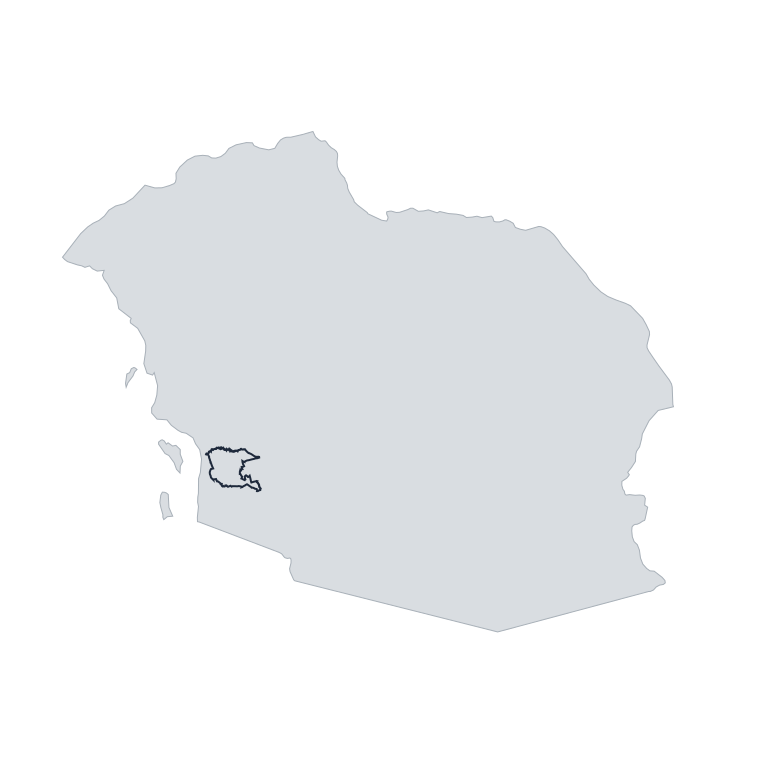 location of Handeni, Tanga, United Republic of Tanzania, rotated 165°
{"feature_id": "72390352B54290670955979", "entity_name": "Handeni", "entity_type": "district", "adm_level": 2, "iso_a3": "TZA", "parent_name": "United Republic of Tanzania", "parent_adm1": "Tanga", "projection": "mercator", "projection_center": [38.284, -5.494], "detail": "fine", "context": "in_parent", "style": "outline", "palette": "slate", "viewbox_px": 768, "rotation_deg": 165, "n_neighbors": 0, "source": "geoboundaries", "source_scale": "gbopen_adm2", "svg_char_len": 9027}
<svg xmlns="http://www.w3.org/2000/svg" viewBox="0 0 768 768"><g transform="rotate(165 384 384)"><path d="M285.6,536.2L277.5,531.9L270.1,529.3L264.0,526.4L261.3,523.5L255.7,522.4L250.8,522.0L246.2,519.3L236.9,518.4L235.9,516.6L235.7,512.7L234.1,511.7L230.7,510.7L227.0,510.7L224.8,511.3L223.5,511.0L220.4,508.7L217.6,505.8L216.6,501.2L212.3,498.2L207.4,495.8L193.7,496.1L191.6,495.3L188.3,493.0L184.5,489.1L181.5,484.6L178.8,478.6L176.0,470.5L160.3,438.1L158.7,432.0L155.7,425.2L150.6,416.8L145.3,410.7L138.1,405.1L130.0,399.5L125.6,395.7L117.2,380.5L115.4,373.4L114.1,366.0L114.7,363.0L119.9,353.5L120.5,350.9L119.8,347.3L117.2,339.7L113.9,330.5L107.3,313.8L106.3,309.6L106.4,306.5L110.3,289.5L110.3,287.1L126.0,287.5L137.4,280.0L147.4,268.9L149.4,264.3L153.4,257.2L157.4,253.7L158.9,251.2L161.2,244.1L166.5,239.3L171.5,235.6L170.5,233.0L171.3,232.1L174.0,230.2L179.4,228.4L180.5,224.7L180.5,220.5L179.6,218.2L179.8,215.5L178.9,214.0L175.4,213.6L170.2,211.5L165.7,210.6L162.8,209.4L161.7,208.5L161.2,205.9L163.6,199.5L161.2,196.8L166.7,186.1L167.6,184.8L169.6,184.6L172.8,183.5L175.7,183.0L178.1,183.4L179.8,182.9L181.4,181.7L182.7,178.1L183.7,172.0L183.2,167.0L180.9,163.2L180.3,157.4L181.3,149.5L180.6,143.0L178.0,137.8L175.5,134.7L171.5,133.3L165.4,125.3L163.5,121.5L163.8,119.1L166.0,118.1L169.9,118.4L173.6,117.5L177.0,115.3L180.4,114.7L182.2,115.1L338.4,115.1L521.1,217.0L521.9,218.2L523.3,227.0L523.0,230.0L520.2,235.1L519.4,237.7L519.3,239.5L520.0,240.3L522.4,240.5L524.5,241.7L525.2,242.7L526.8,246.5L528.8,248.4L598.2,298.5L599.8,299.3L598.8,303.5L594.9,313.7L594.6,318.0L593.1,323.0L591.6,326.3L587.6,340.6L584.3,346.0L579.7,358.6L579.0,368.3L581.5,375.0L582.4,381.4L587.8,387.6L592.1,389.8L595.0,392.6L600.1,399.1L603.0,405.6L612.3,408.8L615.9,416.1L614.6,421.2L610.3,425.3L606.3,432.1L603.1,441.0L603.0,454.5L605.2,452.5L610.1,455.8L610.7,465.8L605.7,477.5L604.1,482.9L603.9,487.6L607.5,501.5L613.1,508.7L612.7,510.9L611.2,512.8L620.7,525.3L619.9,536.3L623.5,544.8L625.0,552.3L627.3,557.9L627.8,561.9L624.9,566.2L631.8,567.3L635.8,570.8L637.8,574.3L642.7,574.1L645.4,576.4L649.3,578.4L658.0,584.1L660.3,587.0L661.7,589.7L638.0,607.8L629.5,612.4L623.3,614.6L616.8,615.8L610.6,618.6L604.8,623.1L597.2,625.4L588.1,625.4L578.5,628.5L563.4,637.9L554.6,632.7L547.7,631.0L539.7,631.2L534.9,631.9L533.2,633.0L531.6,636.1L530.4,641.4L525.1,646.4L516.0,651.2L507.6,653.0L499.9,651.8L494.7,649.8L492.0,647.0L488.0,645.7L482.7,645.9L477.6,647.9L472.8,651.7L465.0,653.3L454.4,652.8L448.7,651.0L447.9,647.9L443.3,644.2L434.7,640.0L428.5,639.9L424.4,643.9L420.8,646.5L417.4,647.5L414.5,647.6L410.2,646.5L398.4,646.1L387.3,646.3L386.2,640.4L383.9,636.9L381.9,634.8L378.0,634.2L377.0,632.6L375.7,629.0L373.8,625.9L371.3,623.3L369.8,621.0L369.3,618.8L369.7,616.4L372.0,610.4L372.7,606.3L372.4,602.2L371.2,597.9L368.6,592.8L368.8,591.3L368.0,587.8L367.9,585.4L368.4,582.4L367.9,578.4L365.6,569.9L365.6,567.7L363.2,563.6L355.8,553.9L355.5,552.6L343.9,542.8L339.2,540.7L337.6,542.5L336.9,544.2L337.4,547.3L337.1,548.9L336.7,549.6L333.9,549.5L332.2,549.1L327.8,546.5L324.4,545.8L315.9,546.3L312.9,546.9L310.6,546.3L306.1,541.9L300.8,540.9L296.1,540.7L288.3,535.6L285.6,536.2ZM613.5,373.5L617.3,384.2L616.8,386.2L614.1,387.4L612.7,387.5L611.0,385.8L609.8,382.2L607.8,383.1L604.3,378.8L600.9,378.6L597.8,373.4L599.0,368.9L598.3,361.3L602.0,357.4L604.1,350.8L606.5,355.3L607.1,362.3L610.3,370.6L613.5,373.5ZM631.8,310.0L632.1,312.5L631.4,314.9L631.5,322.4L631.2,327.5L628.4,334.4L626.1,336.9L624.0,336.2L622.3,335.0L621.0,333.1L623.7,320.4L622.3,311.0L627.6,311.9L631.8,310.0ZM624.2,464.1L621.5,464.7L620.4,464.1L618.8,462.0L621.7,460.2L624.4,456.7L630.9,451.6L633.9,447.6L633.5,451.5L629.8,460.2L626.7,460.8L624.2,464.1Z" fill="#d9dde1" stroke="#a8b0b8" stroke-width="1"/><path d="M530.3,315.3L530.5,315.7L530.7,315.8L530.8,316.2L530.9,316.3L531.1,316.7L530.9,316.9L531.1,317.2L531.1,317.3L531.1,317.8L531.1,318.1L530.9,318.5L531.0,318.9L531.0,319.1L530.9,319.1L531.0,319.4L530.8,319.4L530.8,319.5L530.9,319.8L531.0,319.9L531.1,320.2L531.3,320.4L531.4,320.5L531.3,320.8L531.3,321.2L531.4,321.4L532.0,321.8L531.8,322.1L532.0,322.6L531.9,322.8L532.0,323.0L531.8,323.1L532.1,323.3L533.3,323.2L535.0,323.3L537.6,323.2L537.7,323.9L537.5,327.6L537.5,328.9L537.5,330.1L538.4,329.5L538.8,329.5L539.3,329.3L539.6,329.5L539.8,330.1L540.4,330.9L540.9,331.5L541.5,331.3L541.6,331.2L542.0,331.0L542.4,330.5L542.6,329.7L542.7,327.8L542.9,327.8L543.0,327.7L542.9,327.6L543.2,327.4L543.4,327.2L544.5,328.1L545.5,329.1L546.2,329.6L545.0,331.1L545.4,331.7L545.4,332.1L545.7,332.8L546.1,334.5L546.3,334.6L546.5,334.6L545.9,336.7L545.1,338.1L544.9,337.2L544.4,337.5L543.1,338.9L542.9,338.8L543.0,339.5L542.9,340.7L542.2,340.5L541.7,340.5L540.4,340.8L540.5,341.4L540.9,343.0L540.9,345.2L540.7,346.3L540.1,345.6L538.9,344.7L538.8,345.0L537.9,345.3L536.1,345.6L534.2,345.4L531.2,345.4L528.7,345.3L527.4,345.4L525.7,345.1L525.1,345.1L523.6,345.2L523.5,345.9L524.0,346.2L525.9,346.6L527.6,347.5L530.2,350.5L531.1,351.3L531.7,351.7L532.2,352.2L532.7,352.3L533.9,354.1L534.6,355.4L535.2,356.9L535.5,356.9L535.8,356.8L536.1,356.9L536.2,357.2L536.4,357.2L536.9,357.3L537.4,357.2L537.6,357.4L538.3,357.7L538.5,357.9L538.5,358.0L538.8,358.4L539.0,358.4L539.2,357.8L539.3,357.7L539.6,357.7L540.0,357.9L540.3,357.7L541.0,357.7L541.4,357.8L541.6,357.7L541.7,357.9L541.9,357.9L542.0,357.8L542.1,357.5L542.5,357.1L542.9,357.5L543.0,357.5L543.1,357.2L543.4,357.6L543.7,357.7L543.8,357.7L543.9,357.8L544.0,357.6L544.4,357.6L544.5,357.6L544.6,357.8L545.0,357.8L545.3,357.8L545.6,358.0L545.7,357.9L545.6,357.6L545.9,357.4L546.1,357.5L546.5,357.5L547.0,357.5L547.1,357.8L547.4,357.8L547.5,357.9L547.2,358.2L547.4,358.2L547.5,358.1L547.8,358.4L548.2,358.2L548.3,358.4L548.8,358.5L549.1,358.7L549.0,359.0L549.3,358.9L549.3,359.0L548.9,359.3L548.7,359.5L548.9,359.4L549.0,359.6L549.1,359.3L549.2,359.2L549.6,359.6L549.8,359.5L549.7,359.8L550.0,359.9L550.0,360.0L550.3,360.4L550.1,360.5L550.4,360.7L550.4,360.9L550.8,360.7L550.8,360.9L550.8,361.0L550.9,360.9L551.1,361.2L551.5,361.1L551.8,361.2L552.0,361.1L552.1,361.3L552.6,361.1L552.5,360.9L552.8,360.8L552.8,361.0L553.1,361.0L553.2,361.3L553.2,361.5L553.3,361.4L553.5,361.2L553.6,360.9L553.7,361.1L554.0,361.2L553.8,361.3L554.0,361.4L554.0,361.5L554.2,361.8L554.3,361.7L554.4,361.4L554.7,361.5L554.8,361.6L554.8,361.8L555.0,362.0L555.3,362.2L555.3,362.3L555.6,362.4L555.7,362.6L555.4,363.0L555.8,363.2L555.9,363.4L556.0,363.4L555.9,364.0L556.5,363.9L556.8,364.1L557.1,363.9L557.4,364.0L557.6,364.2L557.8,363.8L558.0,364.0L558.4,364.1L558.3,364.3L558.6,364.2L558.5,363.9L558.6,363.7L558.9,363.9L559.0,363.7L559.2,363.9L559.1,364.1L559.3,364.2L559.4,364.6L559.6,364.5L559.6,364.9L559.5,365.0L560.0,365.0L560.0,365.3L560.2,365.5L560.3,365.5L561.2,365.2L562.0,365.8L562.3,365.7L562.3,365.4L562.7,365.2L562.7,364.9L562.9,364.7L563.2,364.7L563.4,364.9L563.8,364.9L564.1,365.0L564.3,365.0L564.7,365.2L565.3,365.1L566.0,364.6L566.3,364.9L566.7,364.8L566.8,365.1L566.5,365.1L566.4,365.3L566.5,365.4L566.9,365.6L567.1,365.3L567.4,365.3L567.4,365.1L567.6,365.0L567.7,364.7L568.4,364.5L568.4,364.3L568.6,364.2L568.6,363.8L569.0,363.8L569.0,363.6L569.2,363.8L569.1,364.0L569.6,363.9L570.0,364.1L570.4,364.0L570.4,363.8L570.9,363.5L571.0,363.3L570.9,363.1L571.5,362.5L572.3,362.3L573.2,362.8L573.5,362.8L573.7,362.7L573.9,362.3L573.8,362.2L574.0,362.0L573.7,361.8L573.0,361.7L572.4,361.4L572.1,361.1L572.0,360.2L571.8,359.7L571.8,359.3L571.9,358.9L571.8,358.7L572.0,358.3L572.0,357.8L571.8,356.1L571.9,355.7L571.8,355.4L571.9,355.0L571.6,353.8L572.0,352.9L571.9,352.7L571.6,352.5L571.5,352.3L571.6,352.1L571.3,349.1L570.9,346.6L573.2,346.6L574.0,345.7L575.0,344.2L575.3,343.3L575.5,341.8L575.2,340.2L575.3,339.5L575.3,338.5L574.9,337.6L573.9,335.9L573.9,336.0L573.7,336.0L573.7,335.8L573.6,336.0L573.3,335.9L573.1,335.9L571.2,335.7L571.3,335.5L571.0,335.4L570.8,335.2L570.7,334.7L570.6,334.2L570.5,333.6L570.5,333.4L570.5,333.2L569.4,332.7L567.6,330.3L567.7,329.8L566.6,329.5L566.7,329.3L567.1,329.0L567.2,328.8L567.0,328.0L566.8,327.9L566.9,327.5L566.7,327.1L566.5,326.9L566.3,326.7L565.9,326.7L565.6,326.9L565.5,326.7L565.3,326.7L565.0,326.4L564.7,326.3L564.3,326.3L564.1,326.5L563.5,326.7L563.3,326.8L563.2,326.8L562.9,326.7L562.8,326.8L562.9,327.0L562.7,327.0L562.4,326.7L562.5,326.5L562.4,326.3L562.1,326.3L561.7,325.5L561.3,325.1L559.8,325.3L558.5,325.4L557.8,324.3L556.6,324.5L556.3,324.4L551.9,323.1L550.7,323.0L550.0,322.7L548.6,322.0L547.9,321.5L547.9,321.2L548.0,321.1L547.5,321.1L546.2,321.7L544.7,321.9L543.8,322.3L542.3,322.6L541.7,322.0L540.0,319.9L539.3,319.2L539.0,318.7L538.7,318.1L537.9,318.0L536.7,317.3L536.5,317.0L535.7,316.2L535.1,316.0L534.2,315.5L534.1,315.4L534.2,314.6L534.0,314.2L534.1,313.8L534.0,313.3L534.1,313.2L533.9,313.1L534.0,313.2L533.8,313.3L533.6,313.4L533.5,313.6L533.3,313.6L533.2,313.3L532.4,313.5L532.0,313.6L531.7,313.7L531.2,313.6L531.2,313.8L531.1,314.0L530.9,314.0L530.8,314.3L530.6,314.4L530.6,314.5L530.5,314.8L530.2,315.0L530.3,315.3Z" fill="none" stroke="#1e293b" stroke-width="2"/></g></svg>